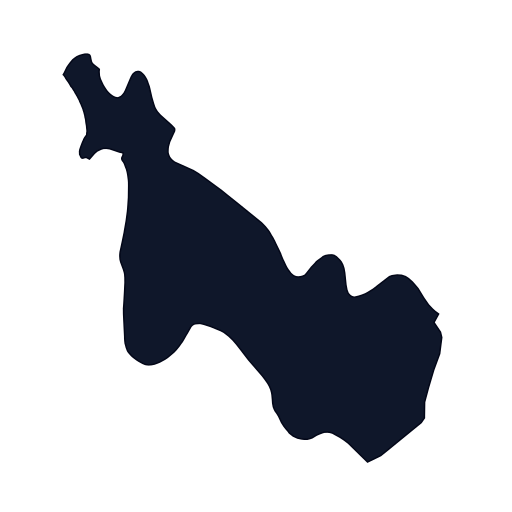 the district of Tien Lang, Hải Phòng, Vietnam, rotated 356°
{"feature_id": "81297802B70010606578992", "entity_name": "Tien Lang", "entity_type": "district", "adm_level": 2, "iso_a3": "VNM", "parent_name": "Vietnam", "parent_adm1": "Hải Phòng", "projection": "equal_earth", "projection_center": [106.556, 20.711], "detail": "fine", "context": "isolated", "style": "filled", "palette": "ink", "viewbox_px": 512, "rotation_deg": 356, "n_neighbors": 0, "source": "geoboundaries", "source_scale": "gbopen_adm2", "svg_char_len": 5125}
<svg xmlns="http://www.w3.org/2000/svg" viewBox="0 0 512 512"><g transform="rotate(356 256 256)"><path d="M112.7,58.8L111.3,57.4L108.7,55.1L106.8,53.3L105.7,51.7L105.3,50.4L104.9,47.8L104.7,45.7L104.3,44.3L103.4,43.4L102.0,42.9L100.5,42.8L99.5,42.7L97.5,43.0L94.1,43.7L91.3,44.7L89.1,46.0L86.9,47.5L84.3,50.2L82.0,52.9L80.6,54.7L77.6,59.9L76.4,61.7L77.0,62.3L77.6,63.3L78.0,64.0L78.3,64.5L78.5,65.0L78.9,65.9L79.4,66.7L79.8,67.4L80.3,68.2L80.9,69.1L81.2,69.7L81.5,70.3L82.0,71.1L82.2,71.6L82.5,72.2L83.0,73.3L83.2,73.8L83.6,74.3L84.1,74.9L84.6,75.6L84.9,76.3L85.7,77.8L86.2,78.6L86.6,79.4L86.9,80.3L87.8,82.0L88.1,82.6L88.4,83.3L88.9,84.2L89.7,86.1L90.1,87.0L90.6,88.0L90.9,89.2L91.3,90.3L92.0,92.0L92.7,94.2L93.1,95.3L93.3,96.0L93.7,97.1L93.9,98.3L94.2,99.4L94.4,100.2L95.1,103.9L95.2,105.2L95.3,106.1L95.5,107.0L95.6,107.9L95.7,109.3L95.7,110.2L95.8,111.6L96.0,113.4L96.1,114.5L96.1,115.1L96.1,116.0L96.2,118.2L96.2,118.5L96.2,119.3L96.2,119.8L95.8,121.6L95.7,122.4L95.6,123.1L95.5,123.6L95.4,123.8L95.0,124.1L93.5,125.9L92.3,127.7L92.2,128.1L91.1,130.1L90.7,130.9L89.3,133.9L87.8,137.4L87.3,139.3L87.2,142.4L87.7,143.5L88.3,145.2L88.8,145.9L89.1,146.1L89.4,146.2L89.8,146.3L90.3,146.3L90.8,146.1L91.4,146.0L92.0,145.9L92.8,145.8L93.4,145.8L93.9,146.0L94.4,146.3L94.9,146.6L96.6,147.7L102.0,142.3L104.8,140.2L108.8,138.6L111.2,138.0L114.2,138.1L117.5,138.8L122.1,140.7L127.1,142.8L130.6,143.8L130.5,145.6L130.0,147.0L129.2,148.2L128.9,149.1L128.9,149.9L129.1,150.8L129.5,151.6L130.5,153.1L131.2,154.7L132.3,158.5L132.9,160.3L133.2,161.9L133.5,163.6L133.8,166.3L134.0,169.7L134.1,171.5L134.1,173.6L133.9,177.0L132.9,188.9L131.5,199.1L130.9,202.7L130.8,203.2L129.0,212.0L126.5,222.1L126.3,223.1L123.7,232.4L121.4,240.4L120.9,242.0L120.6,243.4L120.3,245.4L120.2,246.8L120.2,248.5L120.2,249.8L120.4,251.1L120.7,252.7L122.9,260.2L123.2,261.6L123.6,263.4L123.8,265.4L123.8,267.9L123.8,268.3L123.5,273.5L122.3,283.6L120.9,294.5L120.2,299.3L120.2,299.7L119.9,304.5L119.8,308.9L119.6,317.3L119.4,327.4L119.3,328.8L119.3,331.8L119.4,334.0L119.8,335.9L120.2,338.1L120.7,339.8L121.2,341.5L121.8,342.7L122.9,344.3L124.8,346.7L125.7,347.7L127.1,349.0L129.9,351.4L131.8,352.8L135.5,355.2L137.7,356.3L138.9,356.7L139.1,356.7L141.2,357.1L144.2,357.1L147.2,356.7L150.3,355.8L152.7,355.0L157.9,352.6L160.7,351.0L163.6,348.9L167.4,346.1L169.9,343.8L172.9,340.6L175.0,338.0L176.4,336.4L178.0,334.1L180.7,330.0L182.0,328.2L186.3,321.7L186.9,321.2L187.7,320.5L188.6,320.0L189.7,319.5L191.2,319.3L195.0,319.3L196.2,319.5L199.3,320.5L205.8,323.1L215.7,328.0L218.6,329.8L223.3,334.0L227.1,338.2L230.7,343.0L230.8,343.2L235.3,349.9L235.8,350.7L241.3,359.0L251.7,372.9L253.8,375.7L256.3,379.5L259.0,384.0L260.3,386.8L261.5,390.3L262.1,393.5L262.3,395.6L262.4,400.4L262.4,404.0L262.8,407.7L263.6,410.2L264.4,412.1L265.8,414.3L267.4,417.4L269.9,423.9L272.1,427.9L274.0,430.7L275.9,433.2L276.9,434.9L280.1,437.8L280.5,438.2L284.7,440.5L288.4,441.6L290.9,442.1L294.3,442.4L297.0,441.9L299.3,441.3L303.9,438.9L307.0,437.8L310.0,436.9L311.8,436.5L315.0,436.6L317.5,437.1L320.0,438.0L322.7,439.8L327.1,442.6L331.0,445.6L335.0,449.1L352.9,469.3L366.5,463.8L377.1,456.4L378.2,455.6L409.2,433.7L412.7,429.3L412.8,427.7L414.0,413.5L419.0,399.0L425.4,381.9L432.4,366.3L435.6,350.2L434.7,344.8L428.9,334.7L434.1,326.6L430.6,323.6L428.3,321.2L424.7,316.8L420.7,310.1L419.9,308.6L415.4,299.9L412.7,296.2L410.2,292.9L406.6,289.2L403.7,287.0L399.9,285.4L395.5,284.8L391.1,285.1L390.2,285.2L387.7,285.9L375.8,293.8L370.8,297.2L365.1,300.2L362.5,301.4L359.0,302.5L355.7,303.3L353.4,303.7L351.4,304.0L350.7,303.9L348.6,303.1L346.8,301.6L345.3,299.6L344.3,296.3L343.8,292.0L343.7,291.1L343.3,279.0L342.8,274.4L341.9,270.9L340.6,267.9L339.3,266.0L336.1,262.4L333.9,260.8L331.8,260.2L328.6,260.1L325.6,260.4L324.6,260.7L322.9,261.3L321.6,262.3L317.7,264.7L315.9,265.9L314.3,267.6L312.1,269.6L310.3,271.2L310.0,271.6L307.9,273.9L305.1,277.0L303.3,278.7L300.8,279.5L298.9,279.8L296.7,279.9L294.9,279.6L293.1,278.9L291.5,277.8L289.5,275.8L287.9,273.2L287.5,272.6L287.4,272.6L285.8,269.6L284.9,267.5L283.3,263.3L282.5,261.4L281.1,257.2L280.6,255.3L278.9,251.0L278.0,248.8L276.3,244.6L275.6,242.7L273.9,238.8L272.8,236.8L271.0,233.0L270.1,231.5L269.5,230.6L269.0,229.9L267.4,227.6L265.5,225.3L263.7,223.2L242.6,203.5L231.3,193.1L226.4,188.5L209.8,174.4L208.8,173.6L204.2,169.8L199.4,166.4L181.3,156.7L179.4,155.0L178.2,153.7L176.7,151.5L176.0,149.5L175.6,148.0L175.4,146.3L175.6,144.2L175.8,142.5L176.2,140.6L177.8,136.0L182.2,127.9L183.3,126.0L183.7,124.6L183.7,123.4L183.2,122.5L180.6,119.4L170.4,108.9L169.3,107.5L167.5,105.1L166.0,102.2L165.3,100.5L164.4,97.0L163.0,90.5L161.6,81.5L161.2,79.3L160.3,76.2L159.8,74.2L159.2,72.4L158.0,69.9L156.9,68.0L155.5,66.3L153.7,64.5L152.1,63.8L150.7,63.7L148.8,64.0L147.3,64.9L145.8,66.1L144.1,68.6L143.0,70.7L137.3,81.9L135.8,84.3L134.7,85.5L133.6,86.6L132.6,87.4L131.7,87.8L131.4,87.9L129.9,88.5L128.7,88.6L126.6,88.0L124.9,87.1L123.9,86.4L122.6,85.3L121.3,84.1L120.0,82.6L118.9,81.2L117.8,79.4L116.4,76.9L115.3,74.7L114.2,71.9L113.0,68.7L112.3,65.4L112.3,61.2L112.7,58.8Z" fill="#0f172a" stroke="#020617" stroke-width="1.5"/></g></svg>